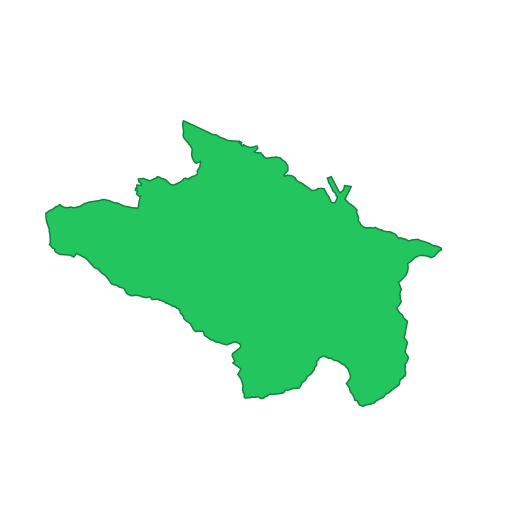 Sighisoara, Mures, Romania, rotated 128°
{"feature_id": "2599482B28602664470225", "entity_name": "Sighisoara", "entity_type": "district", "adm_level": 2, "iso_a3": "ROU", "parent_name": "Romania", "parent_adm1": "Mures", "projection": "orthographic", "projection_center": [24.78, 46.228], "detail": "fine", "context": "isolated", "style": "filled", "palette": "green", "viewbox_px": 512, "rotation_deg": 128, "n_neighbors": 0, "source": "geoboundaries", "source_scale": "gbopen_adm2", "svg_char_len": 6125}
<svg xmlns="http://www.w3.org/2000/svg" viewBox="0 0 512 512"><g transform="rotate(128 256 256)"><path d="M194.1,396.4L197.0,395.3L201.5,390.7L203.1,389.3L205.2,388.2L207.1,386.1L208.3,381.4L208.6,379.1L209.2,377.7L209.4,375.4L210.2,374.2L210.8,372.6L212.3,371.2L215.2,369.6L217.4,367.3L218.7,365.0L220.0,361.5L219.5,359.9L215.8,358.3L215.5,358.0L215.8,357.7L220.5,355.1L225.0,354.8L226.4,353.4L228.0,352.6L230.3,353.5L233.2,355.5L234.3,355.5L234.9,356.2L236.7,356.5L237.2,357.2L238.2,359.6L239.7,360.6L241.1,360.4L245.1,361.5L251.0,364.7L252.2,367.9L251.5,374.4L252.1,375.2L252.1,376.5L253.2,378.6L253.2,380.3L254.1,382.4L254.5,382.7L256.1,382.5L256.9,383.4L262.3,385.9L262.7,388.2L263.8,390.8L263.9,392.2L267.8,396.2L269.5,394.0L269.7,393.1L269.4,391.0L270.9,389.9L273.5,393.6L276.4,391.3L276.8,392.4L278.5,391.5L277.9,389.2L280.8,388.3L281.0,384.9L280.1,383.8L283.3,382.5L290.8,378.4L294.1,383.0L295.7,386.6L297.2,389.2L298.1,391.6L299.8,398.3L301.3,400.6L302.8,405.9L304.9,410.3L305.7,411.4L309.0,413.8L316.6,421.0L318.0,421.7L319.8,423.2L325.4,425.4L329.4,428.5L330.7,430.2L331.6,432.4L333.6,433.8L335.6,436.6L336.4,439.6L336.1,442.1L338.9,443.0L341.0,444.3L343.9,444.8L346.8,446.4L351.6,447.9L355.0,445.2L358.4,441.4L362.3,435.1L363.8,434.3L365.4,432.2L370.0,427.9L372.2,426.3L374.2,425.7L374.3,423.6L375.0,421.6L374.4,419.2L375.6,417.7L376.2,416.2L375.6,412.0L374.3,409.7L369.9,403.3L369.0,398.9L364.4,399.1L363.5,394.4L363.3,392.2L362.4,388.6L364.5,377.4L364.4,375.3L363.6,373.2L364.4,367.0L364.3,364.3L364.1,363.6L364.2,361.9L365.9,355.5L366.6,354.0L366.8,352.5L366.7,351.7L364.8,347.4L364.7,344.8L363.0,340.7L363.1,339.0L364.0,337.5L365.0,335.1L365.1,332.9L364.4,331.7L364.3,330.1L362.0,327.4L361.0,327.0L358.8,322.8L358.3,320.6L356.3,316.7L353.6,314.6L353.6,313.1L354.1,312.4L354.3,311.1L353.7,310.2L352.7,309.5L352.2,308.6L351.3,308.1L350.2,306.4L350.2,304.5L349.4,303.4L349.1,301.7L348.4,299.8L348.6,297.6L347.9,296.8L347.5,294.8L346.7,292.9L347.2,291.8L346.6,290.6L346.5,289.7L345.6,289.0L346.0,288.1L345.6,287.0L345.9,286.2L345.2,284.4L345.8,283.6L345.6,283.2L345.8,282.3L347.6,280.4L347.4,279.4L347.8,278.5L348.3,275.9L349.5,274.7L349.9,273.6L350.2,270.6L349.8,268.8L349.8,266.1L350.0,265.2L350.8,264.3L350.9,263.2L352.4,260.2L352.7,258.5L352.8,257.2L350.0,254.5L349.9,253.7L349.0,252.8L348.0,251.2L348.2,250.4L350.2,248.0L349.8,239.8L348.8,238.1L348.6,234.8L346.7,231.7L345.8,228.3L344.0,224.4L336.7,219.9L335.8,217.6L335.3,214.4L336.3,212.7L337.8,212.1L347.4,214.3L349.2,213.5L351.8,208.3L353.2,207.9L354.5,208.4L354.2,198.4L360.6,197.3L362.0,192.2L363.2,190.7L363.5,189.7L365.7,187.3L366.2,186.0L367.5,185.6L370.0,184.0L370.4,182.9L371.4,182.3L371.6,181.0L372.7,179.6L374.1,178.8L374.7,177.7L374.4,176.9L371.8,174.3L371.7,173.8L370.6,172.7L369.9,172.6L368.3,170.1L365.6,167.7L365.4,164.5L363.4,162.4L361.3,162.3L360.5,161.4L356.2,160.0L356.0,159.2L354.8,157.5L348.9,151.7L346.6,150.0L343.9,150.3L342.9,150.0L342.4,148.6L341.9,148.1L338.9,146.0L337.7,145.6L337.4,144.8L333.4,140.7L329.7,141.0L327.8,141.9L323.5,140.5L320.6,141.0L319.6,141.7L318.4,141.0L314.7,140.0L310.0,140.1L308.7,140.5L307.7,141.2L304.6,141.0L301.9,143.2L299.2,142.9L297.4,143.4L293.3,141.3L292.3,138.3L291.8,135.5L290.8,134.6L290.2,133.0L290.2,131.0L289.8,129.7L288.4,127.3L288.2,122.3L287.4,118.5L288.0,116.9L288.2,114.3L291.9,108.2L293.4,106.9L295.4,106.4L300.9,106.2L302.6,100.9L304.1,99.1L304.9,97.6L305.9,93.9L307.5,90.9L308.8,89.8L308.7,88.8L307.5,87.1L307.6,86.7L308.5,85.7L309.7,82.7L308.4,78.8L306.5,78.2L303.7,76.0L301.8,74.1L299.0,72.4L295.8,72.1L295.1,71.5L292.9,70.8L288.9,68.6L284.9,68.7L282.1,67.2L279.1,66.5L277.5,66.4L270.0,64.1L268.6,64.2L265.0,66.1L263.2,65.8L261.8,65.1L260.3,65.5L258.8,64.6L256.1,66.0L255.0,67.0L253.6,69.0L251.0,70.2L249.8,71.8L247.4,71.8L242.6,73.1L241.6,74.4L240.3,78.6L239.1,80.0L231.0,83.3L229.9,85.7L229.1,89.1L225.1,90.6L221.4,92.9L214.2,96.4L213.9,101.5L212.3,104.5L212.2,108.4L210.2,113.4L207.2,112.9L203.3,113.2L202.6,113.6L201.1,115.7L199.1,117.2L198.1,118.7L195.2,120.4L193.8,120.5L192.8,121.0L188.9,127.5L186.4,126.8L179.1,126.0L174.8,127.1L171.7,128.8L168.5,131.8L164.9,130.6L159.5,129.8L155.4,127.8L154.3,126.8L151.3,122.4L149.9,119.2L149.7,117.2L148.9,116.6L146.3,115.3L139.4,114.8L137.1,113.6L135.8,114.8L136.4,118.3L138.8,123.3L139.1,124.6L139.0,126.1L141.3,133.0L142.3,134.7L143.2,138.7L147.4,143.1L150.1,144.7L150.5,147.5L150.9,148.1L150.8,148.8L151.2,149.0L151.3,149.8L152.3,151.6L152.2,152.5L153.2,154.0L154.4,154.4L153.4,157.7L153.2,160.4L154.5,165.5L155.8,167.1L157.8,170.7L158.1,171.8L158.0,173.0L158.9,173.5L158.9,174.7L159.5,176.4L160.1,179.8L161.7,180.6L162.8,182.8L166.3,187.0L167.1,189.2L166.7,192.9L165.7,194.8L165.5,196.8L163.0,198.5L161.8,199.8L159.8,203.7L157.7,204.5L156.8,210.5L157.1,212.1L156.9,212.8L157.4,215.9L157.0,216.3L156.4,221.0L153.9,221.2L153.2,221.8L150.9,221.9L142.6,223.7L146.0,229.6L148.4,228.3L150.1,227.9L152.3,228.0L154.3,228.6L154.1,230.3L147.2,245.6L150.8,247.7L151.7,245.9L152.8,244.8L153.7,243.1L154.1,241.4L154.7,240.8L156.0,237.5L157.3,235.9L157.7,231.8L158.1,231.1L159.0,230.3L159.4,228.2L160.5,227.6L164.5,226.7L165.9,227.2L167.1,228.7L167.1,230.3L164.1,235.8L163.9,237.6L163.2,239.5L162.0,241.1L161.9,242.8L161.0,243.3L162.3,245.9L164.9,248.9L167.2,249.3L170.0,252.3L170.4,264.8L171.5,268.6L171.4,270.4L170.9,272.3L170.2,273.3L170.5,274.8L170.3,275.9L170.8,276.8L171.0,278.1L172.0,279.1L172.8,280.8L175.7,282.7L174.9,283.8L168.9,283.5L165.4,286.4L163.8,291.0L164.1,294.0L163.8,297.4L165.9,301.7L167.1,302.3L168.6,304.4L169.4,304.8L172.7,308.2L172.7,309.5L172.9,310.1L173.0,311.4L172.3,312.3L172.3,314.1L172.5,314.7L171.7,315.5L174.7,319.9L175.1,321.5L170.2,320.7L168.8,322.7L169.2,323.5L171.0,324.6L173.4,326.7L174.5,328.4L175.4,330.7L176.1,334.4L177.1,334.0L177.6,335.1L177.3,335.6L177.4,336.6L176.8,336.8L176.7,337.3L175.7,337.1L175.9,337.7L176.7,337.8L176.9,339.6L176.9,339.9L176.5,339.7L175.8,337.8L175.5,338.2L175.9,339.5L175.8,340.0L177.2,340.9L177.6,342.4L178.9,344.0L182.6,349.9L183.2,353.4L184.6,357.7L185.0,361.9L186.8,364.5L187.2,365.4L187.5,367.9L194.1,396.4Z" fill="#22c55e" stroke="#15803d" stroke-width="1.5"/></g></svg>